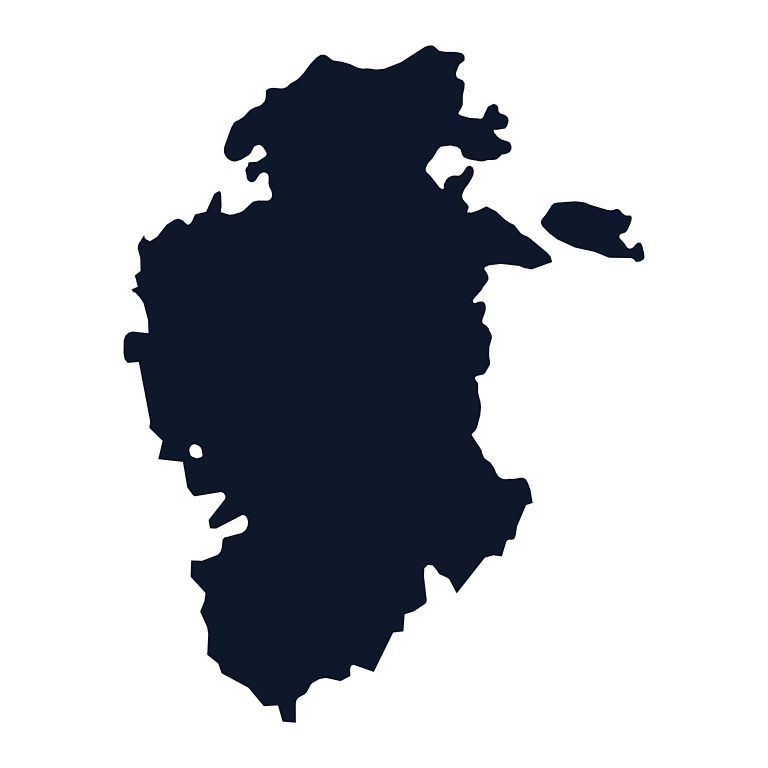 an SVG outline of Burgos
{"feature_id": "ESP-5810", "entity_name": "Burgos", "entity_type": "Autonomous Community", "adm_level": 1, "iso_a3": "ESP", "parent_name": "Spain", "parent_adm1": "", "projection": "orthographic", "projection_center": [-3.389, 42.329], "detail": "fine", "context": "isolated", "style": "filled", "palette": "ink", "viewbox_px": 768, "rotation_deg": 0, "n_neighbors": 0, "source": "natural_earth", "source_scale": "10m", "svg_char_len": 6086}
<svg xmlns="http://www.w3.org/2000/svg" viewBox="0 0 768 768"><path d="M551.2,261.6L531.5,268.6L523.9,267.1L519.5,265.2L500.8,263.1L488.6,264.6L484.3,266.6L483.3,269.1L486.5,273.8L487.5,276.5L487.7,279.2L485.9,282.3L482.2,287.0L481.1,289.4L472.5,299.1L472.1,302.0L473.4,303.6L475.7,303.8L478.0,302.7L480.5,302.3L482.8,302.4L484.4,304.1L485.0,306.5L484.9,309.7L484.0,313.1L482.1,317.9L481.3,321.1L482.1,323.8L486.4,326.8L488.0,328.9L488.8,331.4L490.3,333.7L491.1,336.3L491.0,338.6L488.6,346.5L488.3,355.2L488.6,358.4L489.2,361.2L489.3,364.2L484.7,372.3L482.9,373.8L477.3,375.0L474.5,376.4L474.0,378.5L475.2,380.8L476.9,382.8L477.4,385.6L477.3,392.4L478.7,398.5L479.6,401.3L480.3,407.0L479.5,415.1L476.3,427.2L474.4,430.5L470.9,433.6L471.0,435.6L480.7,450.2L481.4,453.2L483.4,458.3L485.4,460.0L489.9,463.1L493.0,467.7L494.3,470.3L495.3,473.0L498.3,477.5L502.7,479.8L506.5,480.0L508.7,479.6L513.0,479.7L517.3,479.2L519.8,478.5L522.5,478.6L524.8,479.4L526.4,481.6L527.7,484.3L528.4,486.9L529.6,489.3L531.8,502.4L525.5,504.5L516.3,526.1L515.0,534.8L513.7,538.4L511.4,539.0L508.8,538.8L506.4,540.1L505.4,542.0L501.3,555.5L493.2,554.5L484.4,557.0L456.8,592.0L450.0,578.9L448.1,577.3L440.2,573.7L438.8,572.3L437.7,570.2L433.2,564.7L427.7,564.0L423.5,568.0L423.2,576.2L426.0,600.4L425.6,602.0L424.6,603.2L413.6,610.6L403.9,613.7L402.7,630.7L392.6,631.8L373.4,671.0L353.7,664.0L351.3,664.6L349.9,666.5L349.3,669.3L349.6,675.5L340.5,680.3L325.9,677.1L318.9,678.4L311.6,682.6L309.9,684.5L306.3,691.6L304.4,693.5L297.8,697.1L295.7,700.0L295.0,703.6L295.1,721.9L283.2,720.9L278.6,704.6L264.2,705.4L248.8,687.0L222.3,672.8L218.8,663.0L208.0,654.4L209.0,633.7L207.9,627.0L201.0,611.6L205.3,601.0L206.3,592.6L191.4,576.5L191.9,561.2L202.1,561.6L218.1,555.5L220.1,553.6L221.6,551.1L222.6,547.7L223.3,540.2L224.6,538.3L242.4,533.6L246.2,530.6L248.5,525.8L248.8,521.5L247.7,517.5L245.5,514.8L242.3,514.1L216.0,527.8L210.6,527.6L209.4,520.2L225.8,499.3L226.3,495.8L224.2,492.5L221.3,491.2L194.9,495.5L193.4,494.5L188.0,487.1L183.6,461.2L159.2,458.5L163.5,440.6L150.1,427.5L151.0,421.8L139.6,361.9L140.8,361.0L128.0,362.1L125.3,358.9L124.3,353.1L124.5,340.3L126.0,336.2L128.8,333.5L132.6,332.3L149.3,334.1L148.8,319.8L144.2,302.7L140.5,297.1L134.6,290.8L134.0,291.6L132.6,289.9L138.8,287.1L135.7,275.8L141.4,271.3L141.0,257.3L138.5,248.4L139.1,244.5L143.8,237.0L144.2,238.5L146.1,240.2L149.9,242.2L157.6,237.4L167.1,225.3L174.6,220.5L178.4,219.4L182.2,221.0L186.5,225.0L188.1,225.6L190.5,224.5L192.6,221.9L195.6,215.1L206.6,212.5L214.7,194.7L217.0,193.0L219.4,191.9L220.0,192.8L220.4,195.1L220.8,206.5L219.9,212.7L229.9,215.6L234.5,214.9L240.1,213.2L243.5,211.5L253.3,202.4L258.3,201.3L268.2,201.4L270.9,199.8L272.5,197.5L272.8,194.8L272.6,192.2L271.9,190.3L269.8,186.1L269.2,183.0L269.5,179.0L269.3,175.9L268.2,173.3L265.8,171.9L262.9,171.6L259.5,173.4L257.4,176.1L255.1,179.8L252.8,181.4L250.4,181.3L248.4,179.7L247.4,177.3L247.2,174.6L246.1,170.1L246.9,168.1L248.6,166.5L248.8,164.6L249.3,163.0L257.4,162.5L266.0,157.0L267.5,154.2L266.9,151.7L263.5,146.6L261.4,144.8L258.9,143.9L254.2,145.5L252.7,147.6L250.3,152.5L248.3,154.5L240.9,159.0L235.7,160.7L232.8,160.6L230.1,159.5L227.7,157.6L225.9,155.1L224.7,152.3L224.7,149.4L225.1,146.7L231.7,128.4L234.5,123.3L236.7,121.7L239.1,120.7L244.3,117.2L250.2,110.8L254.7,108.2L259.0,106.9L261.9,105.3L265.4,101.5L266.5,97.8L266.7,91.0L268.5,89.5L271.0,88.8L273.8,88.6L281.9,89.3L284.5,88.8L287.1,87.6L291.4,83.8L296.6,80.9L299.9,78.2L304.1,73.6L310.9,64.5L316.7,58.3L320.7,55.7L323.9,55.4L326.4,56.4L330.8,59.9L333.2,61.3L341.5,62.5L349.5,64.7L357.1,68.3L362.5,69.5L367.7,69.1L376.1,70.3L384.1,69.6L401.4,62.9L425.1,47.6L428.0,46.6L430.5,46.1L432.5,46.4L434.2,47.3L438.9,51.6L445.2,52.6L454.8,52.7L461.0,53.7L462.6,54.9L463.7,56.2L463.8,60.0L458.8,64.0L457.3,67.0L455.1,73.1L455.6,76.6L457.3,78.8L462.2,80.9L463.9,83.6L463.6,88.2L462.1,95.2L462.0,104.5L460.2,108.7L458.5,111.2L457.4,113.7L458.7,115.1L461.0,116.3L469.7,118.7L478.1,119.2L480.1,119.8L483.3,118.5L488.5,107.2L493.7,104.6L496.0,105.5L497.4,107.2L497.7,111.7L499.6,114.0L505.0,115.8L507.2,118.1L507.8,120.4L507.1,123.7L506.2,126.1L504.4,127.9L496.6,129.1L493.1,128.9L493.0,132.4L497.1,137.4L500.8,140.0L509.0,142.8L510.4,145.4L510.8,147.5L510.3,149.6L509.4,151.2L507.9,152.4L504.1,153.6L501.8,153.6L498.2,157.0L496.1,158.7L493.6,159.2L487.6,159.3L483.0,160.6L480.3,160.6L469.2,158.6L466.6,157.7L464.3,156.5L462.8,154.5L461.4,149.5L459.6,147.5L457.2,146.2L450.9,144.7L440.7,145.9L438.1,148.0L436.2,150.6L434.9,153.3L431.7,158.1L427.6,162.5L426.2,165.2L425.1,167.8L424.8,170.5L426.0,172.7L430.0,176.5L438.7,187.7L440.7,189.3L442.7,190.1L444.3,189.2L444.8,187.1L444.5,185.0L446.8,180.2L448.8,178.2L451.2,176.9L453.8,176.3L459.2,176.5L461.4,175.2L463.5,173.0L467.4,167.2L470.0,166.5L472.0,167.8L473.1,170.7L472.5,175.1L470.6,178.9L467.5,184.0L464.3,188.1L462.5,191.7L461.5,194.7L461.4,197.6L462.5,200.1L464.3,202.3L466.3,204.2L467.9,206.9L467.0,210.3L465.8,213.2L469.4,213.1L470.6,213.7L477.9,211.4L486.5,207.2L495.7,212.0L503.7,219.5L509.2,223.4L513.6,225.5L520.9,234.5L528.1,237.8L546.9,253.4L550.0,257.1L551.2,261.6ZM197.0,459.2L201.6,457.9L202.7,457.0L203.3,455.5L202.6,450.1L201.1,446.7L198.0,444.4L194.5,443.4L191.6,444.2L190.4,445.4L189.3,447.0L188.7,448.9L188.6,450.9L189.5,454.7L190.4,456.3L191.6,457.3L197.0,459.2ZM574.9,202.1L582.5,202.8L585.7,203.6L589.8,205.5L607.4,210.7L611.0,211.1L613.7,210.7L616.1,209.7L618.0,209.9L619.5,210.8L620.5,212.5L622.2,214.2L624.7,215.9L627.2,216.4L630.1,216.3L631.0,217.4L630.6,220.6L629.9,222.3L629.4,224.1L626.8,229.5L625.7,231.0L624.2,232.2L620.6,233.2L619.2,234.3L618.6,235.9L618.5,237.7L619.6,239.3L623.9,243.9L626.7,248.1L628.5,249.2L630.4,249.5L632.1,248.8L633.9,247.7L636.5,244.6L638.0,243.5L639.9,243.3L640.8,244.4L641.7,246.5L642.1,249.0L643.2,252.4L643.7,257.2L643.1,258.8L640.0,260.6L636.5,261.2L635.2,260.1L634.5,258.6L631.2,257.3L609.2,257.0L594.8,251.1L575.3,246.8L557.7,238.7L550.1,233.0L543.0,225.9L541.6,222.7L542.2,220.0L546.3,215.2L552.1,206.1L553.8,204.3L556.8,203.4L574.9,202.1Z" fill="#0f172a" stroke="#020617" stroke-width="1.5"/></svg>